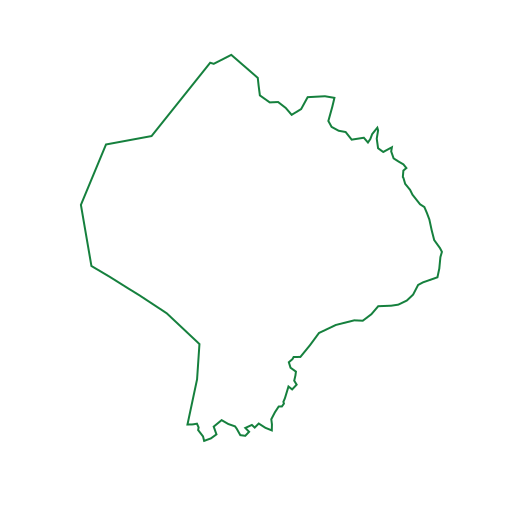 Lemithou, Limassol, Cyprus (Robinson projection), rotated 282°
{"feature_id": "46923920B6112352960070", "entity_name": "Lemithou", "entity_type": "district", "adm_level": 2, "iso_a3": "CYP", "parent_name": "Cyprus", "parent_adm1": "Limassol", "projection": "robinson", "projection_center": [32.805, 34.949], "detail": "fine", "context": "isolated", "style": "outline", "palette": "green", "viewbox_px": 512, "rotation_deg": 282, "n_neighbors": 0, "source": "geoboundaries", "source_scale": "gbopen_adm2", "svg_char_len": 1638}
<svg xmlns="http://www.w3.org/2000/svg" viewBox="0 0 512 512"><g transform="rotate(282 256 256)"><path d="M205.7,115.8L205.5,116.5L197.7,137.8L193.4,149.9L186.1,168.6L181.7,179.8L181.4,180.6L158.1,219.0L123.1,224.0L105.7,224.0L76.9,224.0L78.1,229.1L79.7,233.1L76.4,235.5L73.7,235.6L68.5,241.7L64.4,243.7L68.2,249.8L73.3,254.4L80.3,250.1L88.3,256.5L85.9,263.8L85.0,270.9L83.1,273.0L77.5,277.9L77.9,282.9L82.6,285.8L85.6,281.3L89.9,287.1L87.9,290.4L92.7,293.5L89.9,300.9L88.7,307.7L94.6,306.6L99.5,304.9L107.1,307.0L113.5,309.5L114.2,312.6L117.4,314.0L119.1,313.1L122.5,313.8L124.4,314.0L135.1,314.9L133.0,319.1L138.6,322.5L142.0,319.3L147.4,319.4L151.2,319.1L153.9,313.0L158.9,310.2L162.7,313.1L165.0,313.8L166.5,320.4L180.1,327.4L193.8,333.6L205.2,348.5L213.5,365.5L214.9,373.9L223.1,381.0L232.3,386.0L235.5,398.6L238.0,405.3L243.8,412.8L250.9,417.7L261.4,420.6L265.0,424.9L272.9,437.9L281.8,437.9L293.3,436.6L298.7,437.0L302.0,434.3L308.6,427.0L317.9,422.4L327.7,418.0L333.5,414.3L338.9,410.5L340.7,405.7L348.5,396.3L352.7,393.0L357.6,386.9L363.0,384.0L363.8,383.2L370.2,382.4L373.3,384.8L376.3,381.1L378.0,375.9L380.1,370.3L386.4,366.5L390.6,366.3L384.2,358.8L386.8,353.0L395.9,349.7L404.3,349.3L405.4,348.7L406.7,348.0L399.4,344.3L394.2,343.5L390.3,341.9L394.1,336.9L389.7,325.4L395.9,317.9L395.7,310.8L398.0,303.1L403.1,298.7L417.8,299.6L425.2,299.8L427.0,299.8L426.6,290.2L422.1,273.5L409.1,269.6L401.5,261.5L407.0,254.3L411.2,245.6L409.1,237.5L413.9,226.4L423.3,223.1L430.6,220.7L447.6,190.0L435.2,174.7L435.5,171.0L351.6,128.9L333.9,86.1L269.6,74.1L212.0,97.1L205.7,115.8Z" fill="none" stroke="#15803d" stroke-width="2"/></g></svg>